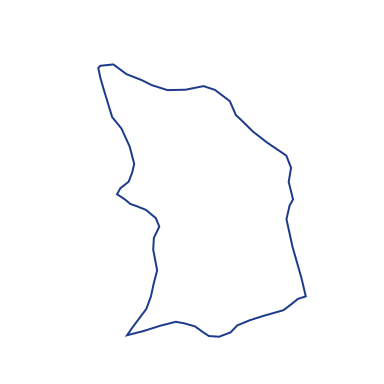 the district of Söderhamn, Gävleborg, Sweden, rotated 344°
{"feature_id": "70781695B37346954790486", "entity_name": "Söderhamn", "entity_type": "district", "adm_level": 2, "iso_a3": "SWE", "parent_name": "Sweden", "parent_adm1": "Gävleborg", "projection": "mercator", "projection_center": [16.889, 61.303], "detail": "fine", "context": "isolated", "style": "outline", "palette": "blue", "viewbox_px": 384, "rotation_deg": 344, "n_neighbors": 0, "source": "geoboundaries", "source_scale": "gbopen_adm2", "svg_char_len": 967}
<svg xmlns="http://www.w3.org/2000/svg" viewBox="0 0 384 384"><g transform="rotate(344 192 192)"><path d="M136.1,46.9L135.4,56.6L135.4,67.8L135.9,98.0L141.7,111.6L144.6,131.1L144.2,149.1L139.8,156.9L133.9,164.7L124.2,168.6L119.3,173.5L125.2,180.3L129.5,186.6L134.4,190.0L142.7,196.4L150.0,207.1L151.0,216.3L142.7,225.6L138.8,236.8L136.9,257.7L130.0,269.4L123.7,281.1L115.9,291.8L97.9,305.4L90.1,311.8L107.6,312.3L124.7,311.8L140.7,312.3L148.5,316.2L157.8,322.0L163.6,329.3L168.5,335.1L178.2,338.6L188.7,337.7L190.4,337.6L198.7,332.7L212.3,331.2L225.5,330.8L235.7,330.8L247.4,330.8L256.2,327.4L264.4,323.9L272.6,323.7L273.5,304.8L273.5,272.7L275.3,244.2L282.1,231.9L287.1,226.9L287.7,209.0L293.9,196.0L292.7,183.0L282.8,171.2L277.2,164.4L267.3,150.8L259.3,136.6L255.5,130.4L255.4,130.2L253.4,115.1L242.2,100.2L232.3,93.4L214.0,91.9L196.5,87.3L182.8,78.2L174.5,70.6L161.5,60.7L151.6,47.7L138.7,45.4L136.1,46.9Z" fill="none" stroke="#1e3a8a" stroke-width="2"/></g></svg>